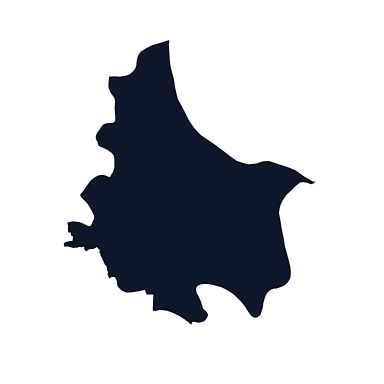 outline of Thai Thuy, Thái Bình, Vietnam, rotated 298°
{"feature_id": "81297802B86878375688696", "entity_name": "Thai Thuy", "entity_type": "district", "adm_level": 2, "iso_a3": "VNM", "parent_name": "Vietnam", "parent_adm1": "Thái Bình", "projection": "natural_earth1", "projection_center": [106.487, 20.541], "detail": "fine", "context": "isolated", "style": "filled", "palette": "ink", "viewbox_px": 384, "rotation_deg": 298, "n_neighbors": 0, "source": "geoboundaries", "source_scale": "gbopen_adm2", "svg_char_len": 5772}
<svg xmlns="http://www.w3.org/2000/svg" viewBox="0 0 384 384"><g transform="rotate(298 192 192)"><path d="M75.5,252.8L76.5,252.5L77.0,252.5L77.6,252.5L78.0,252.8L78.4,253.3L78.8,253.9L79.1,254.5L79.5,255.7L80.1,258.2L80.4,258.8L80.8,259.4L81.8,260.6L82.9,261.7L83.9,262.5L84.3,262.8L84.8,263.0L85.5,263.2L87.9,263.5L89.9,263.4L90.4,263.3L90.8,263.0L91.2,262.6L91.5,262.1L92.1,261.2L92.4,260.4L93.3,257.2L93.6,256.3L93.9,255.7L94.8,254.7L95.8,254.0L97.2,252.5L98.9,250.8L100.3,249.0L100.8,248.2L102.4,246.3L103.6,244.3L104.4,243.2L104.9,242.7L106.0,241.7L107.4,240.8L108.1,240.4L108.7,240.2L109.2,240.1L110.1,240.0L110.6,240.0L111.2,240.0L111.8,240.2L112.3,240.4L113.9,241.6L115.5,243.2L116.7,244.8L117.7,246.3L118.6,248.4L119.1,249.8L119.8,251.7L120.0,252.3L120.7,254.6L120.9,255.7L121.7,258.8L122.4,262.1L122.5,263.2L122.6,265.6L122.6,268.5L122.4,272.0L122.0,275.8L121.8,277.0L121.5,278.7L121.1,279.8L120.7,281.4L120.0,283.9L119.6,285.0L119.2,286.5L118.6,287.7L117.6,290.4L116.8,292.2L116.5,292.8L115.7,294.3L114.7,295.8L113.8,297.5L112.4,300.0L111.7,301.6L111.2,302.9L111.0,303.8L111.0,304.9L111.0,305.5L111.2,306.2L111.6,306.9L111.9,307.3L112.4,307.8L113.0,308.3L113.6,308.5L115.0,309.1L115.6,309.2L116.3,309.2L117.0,309.2L117.6,309.0L120.1,308.5L121.4,308.3L122.5,308.1L123.4,307.9L126.3,306.7L129.0,306.0L130.8,305.6L131.9,305.5L134.4,305.0L135.3,304.9L136.2,304.9L138.0,305.0L139.4,305.3L140.4,305.6L142.1,306.2L142.8,306.6L144.5,307.9L145.6,309.0L146.0,309.7L147.0,311.4L149.0,313.3L151.4,315.4L152.4,316.2L153.6,316.8L154.9,317.4L156.9,318.0L158.5,318.3L159.9,318.4L162.0,318.3L162.9,318.1L164.0,317.8L165.5,317.1L168.3,315.6L170.3,314.3L171.7,313.3L175.3,310.1L181.0,304.8L186.1,300.0L187.7,298.6L195.0,293.1L196.1,292.1L201.5,287.6L205.5,284.7L212.0,279.5L213.3,278.4L214.5,277.7L218.8,276.2L221.3,275.7L223.4,275.4L227.0,275.3L229.0,275.4L231.4,275.7L234.4,276.2L239.0,277.7L244.6,279.5L249.1,281.2L251.1,282.2L252.2,283.0L252.9,284.0L253.6,285.3L254.2,286.8L254.9,289.3L255.5,292.9L255.8,293.8L257.7,294.9L257.3,293.3L257.6,283.9L258.9,274.0L258.5,267.4L254.8,245.8L251.8,240.7L246.8,236.0L242.2,229.1L240.8,223.5L239.7,216.6L240.5,210.5L243.6,191.6L245.7,172.5L248.6,164.1L253.5,154.7L260.1,145.6L266.5,135.7L274.6,128.5L282.9,122.2L291.1,114.6L297.3,110.0L311.4,101.4L314.2,100.4L302.3,88.5L299.6,86.5L297.0,84.7L294.1,83.0L292.3,82.0L290.6,81.5L288.9,81.2L286.8,81.1L285.6,81.4L283.6,81.9L281.6,82.5L278.5,83.9L277.0,84.3L275.2,84.6L272.9,84.4L271.2,84.1L268.8,83.4L266.0,82.1L263.6,80.1L262.9,79.2L261.6,77.7L260.4,76.0L258.9,73.7L257.2,69.9L256.1,68.0L255.2,66.7L254.7,65.6L250.1,67.5L247.2,68.8L245.4,70.0L243.9,71.5L242.1,74.0L239.6,79.1L238.5,80.4L237.3,81.5L235.5,82.7L230.8,84.6L225.4,87.9L221.9,90.1L219.1,91.4L217.9,91.4L216.7,91.1L215.8,90.6L214.9,89.6L213.8,87.9L212.9,86.2L211.8,84.6L210.6,83.5L209.8,82.9L208.7,82.4L207.1,82.1L204.1,81.9L202.7,81.7L201.5,81.5L201.2,81.3L200.7,81.2L200.1,81.2L198.1,81.3L197.1,81.4L196.5,81.6L195.5,82.0L194.4,82.7L193.6,83.7L192.6,85.5L191.7,86.3L190.4,87.1L189.9,87.8L189.7,88.8L189.8,90.9L190.2,94.9L190.3,97.0L189.6,102.4L189.0,104.3L188.3,105.9L187.8,106.5L185.1,108.6L179.8,111.5L177.0,112.8L174.8,113.3L172.1,113.6L169.0,113.3L167.2,113.3L166.4,113.5L166.0,113.4L165.8,113.2L165.6,112.2L165.2,107.9L164.9,106.7L164.5,105.6L164.0,104.5L163.1,103.3L161.9,102.0L161.3,101.4L157.7,99.3L155.8,98.5L153.4,97.7L149.3,97.1L147.2,96.8L143.1,96.4L140.9,96.1L137.5,95.3L137.0,95.5L136.9,95.7L136.3,96.6L136.0,97.3L135.7,98.0L135.5,98.5L133.9,103.9L132.7,106.7L129.4,112.0L128.4,113.5L126.5,115.9L125.3,117.4L124.7,117.9L123.2,118.6L116.6,119.2L115.1,119.2L114.3,119.0L113.6,118.5L113.1,118.1L112.8,117.2L112.6,116.3L112.4,115.1L112.3,110.5L112.1,108.7L111.8,107.3L111.5,106.0L110.8,104.2L110.2,102.6L109.5,101.1L108.6,99.9L107.6,98.6L106.4,97.3L103.3,100.1L103.1,99.7L99.6,101.6L99.2,101.9L99.2,102.2L100.0,104.0L100.3,104.6L97.6,105.9L97.6,106.2L97.6,107.3L97.8,108.3L92.7,110.3L92.4,110.3L92.2,110.3L92.0,110.2L91.3,108.7L90.6,107.5L89.4,106.1L88.5,105.1L87.7,104.4L87.0,104.0L86.1,104.0L85.7,104.2L85.4,104.4L85.1,104.8L84.8,105.3L85.6,106.3L86.2,107.4L86.4,107.8L86.6,108.8L86.9,110.2L87.7,113.5L87.9,113.7L88.3,113.7L88.9,115.0L89.5,116.5L90.3,116.5L90.5,116.6L90.9,117.5L91.5,117.9L91.7,118.0L91.8,118.1L91.6,118.5L92.0,120.1L92.5,120.4L92.9,121.1L94.6,122.9L94.6,123.0L93.6,123.3L92.9,123.5L92.1,123.9L91.5,124.3L91.0,124.9L90.9,125.3L90.8,125.8L90.9,126.0L91.2,126.4L92.6,127.0L93.6,127.5L94.0,128.0L94.7,129.0L95.5,130.4L96.0,131.1L96.7,131.7L97.4,132.2L98.7,132.8L99.5,133.2L99.6,133.3L98.6,136.6L97.8,139.5L97.3,139.4L95.9,138.9L95.8,139.0L95.7,139.1L94.9,141.5L94.0,141.2L93.6,141.3L92.8,142.8L92.1,144.0L90.9,145.4L88.6,148.3L87.7,149.5L87.5,150.6L86.9,151.7L86.2,152.6L85.3,153.4L83.9,154.1L81.8,156.7L81.7,156.8L80.6,156.5L80.3,156.6L80.0,156.8L77.9,159.4L79.1,160.1L79.6,160.5L80.2,161.1L80.6,161.6L81.0,162.3L81.2,162.8L81.3,163.2L81.3,163.8L81.2,164.1L80.8,165.0L80.0,166.2L79.6,166.8L79.2,167.3L78.6,167.9L77.8,168.5L75.1,170.6L74.5,171.1L74.3,171.5L74.0,172.0L73.8,172.7L72.9,175.6L72.9,176.2L72.8,177.4L72.9,179.1L72.9,179.5L73.1,180.7L73.4,181.7L73.8,182.4L74.9,184.1L76.0,185.8L78.5,189.1L79.8,190.9L81.5,192.9L82.7,194.3L83.8,195.5L84.7,196.3L82.3,198.8L81.0,200.2L81.0,200.3L82.8,203.1L83.3,204.5L84.4,206.4L79.4,208.7L70.3,213.1L70.2,213.3L69.8,213.7L69.9,213.9L70.4,214.9L71.0,215.8L71.1,216.1L71.5,216.3L71.8,216.5L72.3,217.0L73.1,218.0L73.6,218.9L73.9,219.4L74.7,221.2L75.4,223.6L76.0,225.1L76.4,226.6L76.5,227.5L76.7,229.0L77.0,231.7L77.2,235.3L77.2,236.4L77.3,237.7L77.3,241.0L77.2,241.8L76.8,244.6L76.9,245.2L76.9,245.5L76.7,246.3L76.4,247.2L76.3,247.5L76.3,249.4L76.3,249.9L76.2,250.2L75.8,251.1L75.6,252.1L75.5,252.8Z" fill="#0f172a" stroke="#020617" stroke-width="1.5"/></g></svg>